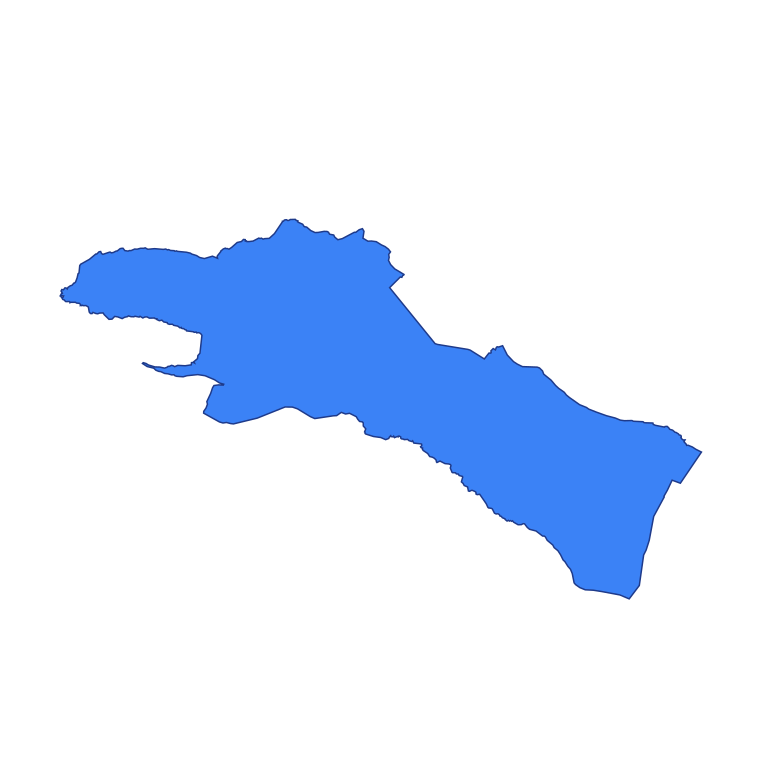 the district of Magharibi, Zanzibar West, United Republic of Tanzania, rotated 122°
{"feature_id": "72390352B70436774950451", "entity_name": "Magharibi", "entity_type": "district", "adm_level": 2, "iso_a3": "TZA", "parent_name": "United Republic of Tanzania", "parent_adm1": "Zanzibar West", "projection": "orthographic", "projection_center": [39.256, -6.174], "detail": "fine", "context": "isolated", "style": "filled", "palette": "blue", "viewbox_px": 768, "rotation_deg": 122, "n_neighbors": 0, "source": "geoboundaries", "source_scale": "gbopen_adm2", "svg_char_len": 6148}
<svg xmlns="http://www.w3.org/2000/svg" viewBox="0 0 768 768"><g transform="rotate(122 384 384)"><path d="M273.5,78.7L274.1,84.9L274.0,89.1L274.8,93.7L275.7,94.8L274.9,95.8L274.0,99.0L271.9,99.1L272.9,100.6L272.9,101.8L272.2,103.7L271.9,103.6L270.7,104.3L270.3,105.2L270.8,106.7L270.3,107.9L270.3,110.6L270.7,111.6L270.2,114.8L271.0,117.7L270.2,119.5L269.9,121.5L271.2,123.2L271.9,123.3L275.2,131.9L275.6,134.2L274.6,135.3L278.4,141.8L279.0,143.3L278.7,144.3L283.4,152.7L283.6,154.4L287.7,160.6L289.4,164.4L290.3,169.8L293.0,178.5L295.3,189.0L296.8,197.1L296.6,199.8L297.9,207.2L297.2,219.6L296.7,223.5L295.5,226.7L295.1,233.6L294.3,237.8L292.2,244.3L291.0,253.8L288.9,256.5L288.0,260.6L288.5,263.0L295.9,275.8L296.5,281.4L296.4,286.0L294.1,294.8L288.7,303.7L291.9,306.4L292.5,307.8L293.5,308.1L296.0,307.6L296.1,310.2L299.2,310.9L300.4,309.9L301.2,309.8L302.2,311.4L309.6,312.2L309.6,328.9L310.2,331.2L322.1,359.6L322.7,362.1L299.3,430.3L284.7,426.9L284.1,425.4L282.2,425.6L281.1,425.0L280.5,425.1L280.7,435.9L279.2,441.7L276.8,445.7L273.9,446.7L271.6,448.7L268.5,448.5L267.3,451.7L266.9,455.9L267.4,459.9L267.4,466.0L269.4,470.4L271.4,473.3L271.5,479.1L265.1,481.9L263.7,484.6L266.3,486.8L270.3,488.3L271.1,489.6L282.8,496.4L286.1,499.6L285.5,503.7L284.3,505.6L285.8,509.6L284.7,511.5L284.8,513.1L286.3,515.7L290.3,520.1L292.1,522.7L292.7,527.4L291.9,532.7L292.8,535.0L291.6,537.7L292.2,541.7L292.2,543.3L291.3,543.4L291.7,545.6L291.4,546.5L294.2,550.7L295.4,551.2L296.3,552.1L296.4,553.8L297.1,554.7L297.8,555.4L299.2,555.5L299.8,556.4L300.3,556.1L314.5,556.6L321.3,558.5L324.0,562.3L325.2,563.3L325.3,565.3L326.3,566.2L326.6,567.5L332.2,570.8L334.7,573.9L335.9,575.8L335.5,576.5L336.3,577.3L335.1,578.2L335.9,579.8L338.7,580.4L341.8,583.5L348.9,585.6L351.8,586.9L352.2,588.8L353.0,589.9L352.9,590.6L354.7,591.9L357.9,592.9L358.3,592.6L363.4,593.2L364.3,593.1L365.6,591.8L366.5,597.2L372.8,602.8L374.4,607.4L374.4,611.0L375.7,616.0L375.6,617.4L376.9,621.3L381.0,629.5L381.0,630.4L382.2,631.6L382.1,632.6L383.9,635.9L384.1,637.8L385.0,638.7L385.2,640.6L386.8,642.5L390.8,650.3L394.9,655.7L395.1,658.7L396.2,659.6L397.9,662.4L400.5,664.8L401.7,667.0L404.9,669.2L405.8,670.7L406.9,671.4L408.2,674.5L407.2,677.2L407.9,678.3L409.0,679.5L412.5,680.7L413.2,681.6L416.0,683.3L417.3,684.8L417.2,686.0L417.6,686.6L423.0,691.1L423.0,692.8L421.8,694.5L422.8,695.7L426.1,696.5L426.5,697.3L434.4,699.9L443.1,704.7L444.8,704.8L451.4,701.5L452.6,701.9L456.6,700.5L461.0,699.6L462.5,700.0L462.8,700.5L465.6,700.9L467.0,702.1L469.6,703.2L471.3,703.0L471.0,704.4L471.5,705.5L474.0,705.8L474.6,707.3L476.0,707.2L476.5,706.9L476.8,705.6L477.7,705.5L477.8,704.9L478.6,705.4L480.7,705.3L480.4,704.8L480.8,704.9L481.1,704.2L479.9,704.1L479.1,702.4L480.8,702.2L481.6,702.9L482.5,701.2L482.2,699.5L482.7,698.2L482.7,697.4L480.8,694.6L480.9,693.9L481.5,693.4L480.6,692.8L478.2,688.9L478.3,687.7L477.0,684.9L477.5,683.5L478.4,683.1L477.7,682.4L477.7,681.8L477.1,681.6L476.8,680.3L475.4,678.3L475.4,675.5L479.2,672.1L479.8,670.3L479.0,668.9L477.5,668.8L476.9,665.6L476.1,663.9L474.6,662.8L472.6,659.9L473.5,657.9L474.9,651.5L473.1,649.0L469.4,648.2L468.2,645.4L467.3,640.7L464.8,639.3L462.8,637.2L461.7,636.9L461.0,634.2L459.5,631.7L458.5,631.1L457.0,627.1L455.9,626.8L455.8,623.5L454.0,622.4L452.7,620.6L452.5,617.9L449.6,613.5L449.9,612.6L449.0,611.1L449.7,610.8L449.4,608.1L447.6,606.2L448.1,603.6L446.8,600.4L447.5,599.6L447.2,597.8L445.4,595.0L445.7,593.5L444.2,589.5L444.5,586.9L443.5,585.9L444.0,585.5L443.9,584.5L443.2,583.3L443.4,581.8L443.0,580.3L443.6,579.6L440.7,573.3L440.8,572.4L439.5,570.8L439.9,569.8L439.0,569.0L438.4,567.6L438.5,565.9L439.2,564.2L455.4,556.4L458.5,556.9L461.3,555.6L465.8,557.1L466.6,555.9L466.7,557.2L467.9,558.6L469.9,557.6L473.9,562.3L477.5,568.8L480.2,570.7L480.3,572.7L480.8,574.1L482.8,575.4L483.5,576.5L484.8,576.9L486.8,578.5L488.5,583.2L490.9,587.3L492.7,593.8L492.7,596.7L493.5,599.5L494.6,599.7L494.7,594.1L492.6,587.6L493.2,584.8L492.7,581.8L491.8,579.8L491.3,575.6L489.8,572.5L488.8,568.9L487.5,567.1L487.8,565.6L487.3,563.8L484.3,558.1L481.4,555.5L474.7,546.9L471.8,540.1L470.2,530.0L470.3,524.0L469.1,519.8L470.1,519.7L472.4,523.8L475.4,527.4L478.0,527.4L483.9,526.0L492.8,524.9L494.7,523.0L498.7,522.2L502.7,522.4L504.3,521.5L503.4,503.5L502.4,499.9L500.1,497.2L498.8,493.0L497.6,490.5L480.1,473.4L455.9,455.7L452.1,449.4L450.9,444.2L450.7,429.1L450.0,424.4L437.9,410.2L435.9,407.4L430.7,405.2L429.8,400.7L427.1,397.7L426.4,390.2L427.8,387.6L428.7,384.9L427.6,382.2L428.0,381.0L430.6,379.3L431.7,375.7L434.9,375.1L434.9,374.6L436.0,373.8L436.1,372.9L434.1,365.1L431.1,358.4L430.3,353.1L427.7,351.1L426.1,351.3L424.3,350.9L424.9,350.1L423.9,348.1L423.1,348.1L423.9,346.7L421.4,344.8L421.4,344.0L420.6,344.1L420.1,343.5L420.0,341.8L421.1,341.0L421.3,340.2L420.3,337.9L420.5,337.4L418.5,334.7L418.8,332.7L418.0,329.9L417.0,329.6L418.3,327.4L415.1,320.7L415.1,320.2L416.3,319.3L417.8,319.8L418.3,318.9L417.9,317.3L418.8,317.1L419.6,315.6L419.8,310.1L421.3,306.8L420.4,304.1L420.3,301.9L420.9,299.5L422.3,298.2L422.5,297.5L419.7,295.7L419.2,290.1L417.5,286.7L417.1,284.9L417.8,283.9L420.1,283.3L422.8,279.6L422.9,279.0L421.4,276.3L421.9,275.0L421.0,273.2L421.8,271.8L420.8,268.5L421.3,267.9L426.0,266.5L426.4,264.2L427.6,262.2L427.0,258.6L430.0,255.7L429.6,254.5L428.0,253.6L427.3,252.5L426.9,249.1L427.8,248.0L428.5,247.8L428.5,246.4L426.8,244.4L431.4,233.8L433.5,230.6L433.7,229.7L432.6,227.2L432.5,226.0L435.0,221.9L434.8,220.0L434.0,219.2L433.6,218.1L433.7,216.9L434.5,215.7L434.1,214.5L434.7,212.7L434.2,210.0L434.7,209.5L435.0,207.0L433.7,206.3L433.8,205.0L432.8,204.4L432.8,203.0L431.9,202.5L432.5,200.8L432.3,195.7L430.5,193.0L428.7,192.0L428.1,190.7L429.7,186.5L430.1,183.6L428.1,177.2L428.9,169.0L428.0,167.3L428.2,166.1L430.1,162.7L431.1,155.5L432.6,153.0L433.2,148.2L435.3,143.7L438.3,138.9L438.8,136.4L441.2,131.4L442.3,127.7L445.0,123.9L451.9,117.4L452.6,115.2L452.9,110.0L451.9,104.3L448.0,97.3L444.6,89.3L437.9,72.2L436.3,62.2L419.6,60.7L391.4,73.2L385.9,73.7L376.1,76.2L353.4,85.1L331.3,86.5L330.9,87.1L323.9,87.4L312.9,88.7L311.1,80.1L273.5,78.7Z" fill="#3b82f6" stroke="#1e3a8a" stroke-width="1.5"/></g></svg>